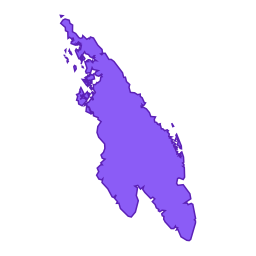 outline of Small Malaita, Malaita, Solomon Islands
{"feature_id": "97153195B48441070638838", "entity_name": "Small Malaita", "entity_type": "district", "adm_level": 2, "iso_a3": "SLB", "parent_name": "Solomon Islands", "parent_adm1": "Malaita", "projection": "orthographic", "projection_center": [161.435, -9.524], "detail": "fine", "context": "isolated", "style": "filled", "palette": "violet", "viewbox_px": 256, "rotation_deg": 0, "n_neighbors": 0, "source": "geoboundaries", "source_scale": "gbopen_adm2", "svg_char_len": 5556}
<svg xmlns="http://www.w3.org/2000/svg" viewBox="0 0 256 256"><path d="M195.6,218.6L192.8,204.4L191.2,203.4L188.1,204.7L187.4,203.2L184.4,203.1L190.8,198.8L189.9,193.8L183.2,184.7L177.9,185.3L176.6,183.3L177.6,178.5L179.0,177.9L183.2,179.5L184.6,177.2L184.3,167.5L182.9,166.3L183.9,166.2L183.9,164.4L182.6,163.0L183.8,162.2L183.5,157.0L181.8,151.9L180.8,152.6L180.6,156.0L181.0,155.9L181.4,156.4L181.5,156.7L180.9,156.1L180.7,157.5L179.5,156.6L179.8,155.1L178.5,155.5L179.6,153.8L177.0,154.0L177.8,150.9L176.7,152.4L175.3,148.9L177.8,149.3L175.5,148.5L174.9,147.2L176.3,148.1L177.3,147.2L175.3,146.0L174.1,146.8L173.5,145.1L175.8,144.1L173.4,142.2L172.3,141.9L172.7,142.3L172.7,142.7L171.7,143.6L172.6,142.3L172.1,142.0L172.0,139.9L173.0,139.8L169.7,138.0L171.7,136.9L168.8,136.4L169.3,134.0L167.3,131.8L168.4,130.8L167.2,129.8L164.7,130.7L162.8,128.8L161.4,128.9L160.3,124.8L159.5,124.9L160.0,123.8L157.6,124.3L156.7,122.5L154.7,122.0L154.3,119.3L155.5,116.9L150.8,116.5L149.4,112.6L146.4,108.9L143.5,107.3L141.4,107.5L141.1,106.2L142.5,106.3L142.1,104.7L143.1,105.6L144.2,105.0L145.5,102.9L144.3,102.6L142.2,97.8L140.3,96.4L140.2,94.1L137.6,94.7L134.6,92.8L130.4,92.4L129.0,87.3L129.7,84.5L126.5,81.6L125.4,77.2L123.7,77.4L122.5,72.7L114.0,61.5L111.2,59.4L108.9,59.4L105.2,53.3L103.1,53.3L101.8,54.7L100.6,53.9L102.6,53.0L102.0,49.4L97.8,45.2L93.5,38.0L90.4,37.0L89.6,38.7L88.9,38.1L86.8,39.3L82.8,35.6L82.4,37.7L80.6,38.4L78.9,37.7L75.7,33.5L72.5,31.7L72.6,25.0L70.0,23.4L69.2,20.2L65.1,19.0L63.0,20.0L60.7,23.3L65.3,27.4L65.5,30.7L67.8,31.8L68.0,38.4L69.6,37.3L71.2,38.5L73.2,38.2L73.6,40.0L72.0,39.8L72.6,41.4L71.3,41.8L71.1,43.5L74.5,44.8L74.4,43.6L75.4,45.1L77.1,45.0L76.5,43.7L79.1,44.8L78.6,44.0L79.9,43.4L77.5,43.1L78.4,41.9L80.2,43.2L80.5,44.9L81.4,45.1L80.6,49.2L79.5,47.7L79.0,50.2L77.7,49.9L78.3,50.8L78.1,51.4L76.2,49.1L75.4,50.7L78.9,58.7L80.5,59.2L81.7,61.6L81.1,64.2L82.4,60.3L80.1,58.3L80.8,58.3L80.4,57.6L81.4,55.5L83.3,60.0L84.1,60.0L84.9,58.5L82.4,55.0L84.6,51.8L85.5,53.6L88.6,54.6L90.0,56.7L92.6,58.0L92.7,57.1L93.3,57.0L94.0,55.7L94.6,55.7L93.7,57.1L94.6,57.5L93.4,58.5L96.2,60.6L94.6,60.4L92.5,62.5L90.1,59.9L88.1,59.7L87.9,60.8L86.0,60.8L87.7,61.6L84.9,61.8L87.0,68.2L85.6,71.4L86.3,73.2L90.6,72.6L92.1,67.7L93.0,69.4L98.2,70.6L95.8,71.9L94.9,73.8L96.4,75.5L98.9,76.2L101.7,74.1L102.0,74.5L100.8,75.3L102.0,76.7L100.8,77.1L100.3,80.7L97.8,82.9L96.9,82.5L95.5,84.6L93.5,84.6L93.4,89.1L95.4,92.3L94.8,93.3L93.6,92.8L93.7,94.7L92.2,96.6L93.3,99.3L92.8,99.8L91.4,98.5L88.5,102.4L87.1,102.3L86.6,105.5L89.3,107.3L90.7,111.1L93.3,112.3L93.5,115.8L98.1,117.6L98.0,119.4L101.1,121.6L97.8,126.5L97.0,132.5L98.7,137.2L104.6,143.8L104.9,148.4L103.5,152.3L101.0,155.0L102.3,158.3L105.0,159.1L100.8,162.9L102.3,164.8L100.6,164.9L97.2,168.1L98.7,171.6L96.6,175.2L98.9,179.1L101.7,179.9L102.7,178.9L102.0,182.5L107.8,188.8L112.1,196.8L113.7,197.5L116.2,194.8L114.7,198.4L117.5,201.7L116.6,203.3L118.9,203.3L120.4,208.5L128.2,216.2L131.3,217.0L135.4,212.0L138.3,200.7L136.3,195.6L137.5,187.9L134.9,186.1L137.8,185.4L140.5,189.1L143.6,186.7L142.8,189.5L144.8,192.4L150.7,198.5L152.8,197.2L154.8,198.9L152.3,201.6L155.1,204.5L156.3,207.8L158.8,209.5L158.4,210.8L159.9,211.7L162.1,210.2L165.2,210.6L161.7,213.8L162.3,215.8L163.9,216.4L163.7,219.2L165.2,222.0L171.2,228.6L173.8,228.6L175.4,226.1L175.8,227.4L177.6,227.7L176.4,229.9L177.9,229.5L181.0,236.8L186.8,240.3L189.2,240.6L190.7,239.4L195.5,222.9L195.5,220.9L194.4,219.8L195.6,218.6ZM86.7,100.5L85.2,98.5L82.5,97.9L80.1,99.4L82.6,96.9L80.9,96.2L80.7,95.2L82.1,95.5L83.9,93.5L80.9,87.6L79.8,90.0L80.4,92.2L79.8,92.7L79.6,91.3L79.1,93.6L76.6,94.5L77.7,96.5L76.6,100.2L78.3,100.8L78.7,104.0L82.1,105.8L86.7,100.5ZM94.5,78.9L93.6,74.0L92.1,75.2L90.5,73.9L89.8,75.8L87.9,76.7L87.6,75.7L86.6,77.8L86.0,76.9L84.9,77.8L86.7,79.0L87.2,80.7L85.8,79.1L85.6,81.4L87.6,81.7L87.7,80.5L88.7,82.5L88.7,83.7L87.0,85.5L87.7,86.5L90.5,83.7L90.3,80.6L88.4,80.1L90.4,80.2L91.1,81.2L91.9,79.6L94.5,78.9ZM181.5,148.8L181.3,145.9L176.6,134.2L175.9,135.2L178.2,141.4L177.4,145.0L180.2,146.8L179.5,147.5L180.3,148.5L181.5,148.8ZM88.8,96.9L87.3,91.8L83.4,96.1L87.5,99.0L88.8,96.9ZM90.5,113.5L90.5,111.9L89.4,109.4L89.4,107.9L86.6,106.3L86.0,111.4L90.5,113.5ZM88.6,82.7L85.6,81.9L85.1,81.0L85.5,79.8L82.3,79.4L86.3,85.0L88.6,82.7ZM76.2,68.9L75.8,66.2L74.5,65.5L73.8,66.7L74.8,71.0L76.2,68.9ZM93.2,88.4L90.1,86.9L89.8,87.6L91.5,89.8L93.2,88.4ZM93.3,113.0L92.9,112.2L90.7,111.5L91.1,113.9L93.3,113.0ZM89.1,95.7L90.3,93.9L88.3,92.9L89.1,95.7ZM61.1,17.2L62.9,15.7L60.4,15.4L61.1,17.2ZM72.0,55.1L70.7,51.9L70.1,51.8L69.7,52.9L72.0,55.1ZM92.7,94.5L92.7,91.9L91.7,92.4L92.7,94.5ZM85.7,104.8L85.7,103.1L84.7,105.4L85.7,104.8ZM68.3,59.9L67.2,58.1L65.9,57.3L65.6,57.5L68.3,59.9ZM65.6,51.5L65.8,49.6L65.0,50.3L65.6,51.5ZM173.6,126.3L171.7,123.2L172.8,126.6L173.6,126.3ZM68.6,62.1L68.0,60.7L67.0,61.0L67.4,62.2L67.9,61.2L68.6,62.1ZM69.9,51.3L69.4,49.9L68.9,51.1L69.9,51.3ZM92.4,99.1L91.9,97.8L90.8,97.5L92.4,99.1ZM91.3,85.5L90.2,85.3L90.5,86.7L91.0,86.9L91.3,85.5ZM83.2,67.6L82.8,66.5L82.2,66.3L82.3,67.3L83.2,67.6ZM81.0,57.6L81.2,55.9L80.9,56.9L81.0,57.6ZM175.8,139.7L175.6,139.1L175.2,140.3L175.8,139.7ZM89.1,75.7L89.3,74.7L88.6,75.2L89.1,75.7ZM92.5,61.7L92.4,61.0L92.2,61.4L92.5,61.7ZM64.9,56.4L64.6,55.4L64.4,55.4L64.9,56.4ZM91.9,83.3L91.9,82.5L91.5,83.1L91.9,83.3ZM80.3,45.6L80.4,44.9L79.9,45.0L80.3,45.6ZM81.3,57.9L82.1,57.6L81.5,57.4L81.3,57.9ZM175.5,141.0L175.1,140.6L174.9,140.9L175.5,141.0ZM79.7,44.7L79.9,44.0L79.7,43.9L79.7,44.7ZM81.1,58.9L81.1,58.2L81.1,58.9Z" fill="#8b5cf6" stroke="#5b21b6" stroke-width="1.5"/></svg>